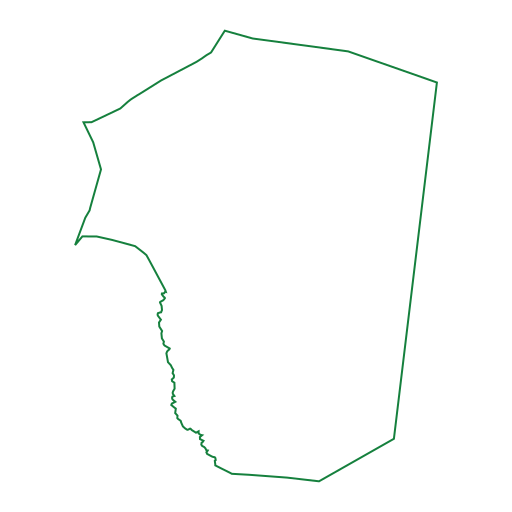 outline of San Juan Teita, Oaxaca, Mexico
{"feature_id": "50627088B56157188370772", "entity_name": "San Juan Teita", "entity_type": "district", "adm_level": 2, "iso_a3": "MEX", "parent_name": "Mexico", "parent_adm1": "Oaxaca", "projection": "orthographic", "projection_center": [-97.453, 17.075], "detail": "fine", "context": "isolated", "style": "outline", "palette": "green", "viewbox_px": 512, "rotation_deg": 0, "n_neighbors": 0, "source": "geoboundaries", "source_scale": "gbopen_adm2", "svg_char_len": 1902}
<svg xmlns="http://www.w3.org/2000/svg" viewBox="0 0 512 512"><path d="M319.0,481.3L393.9,438.8L436.9,82.5L348.2,51.4L252.7,38.5L224.8,30.7L211.1,52.4L210.2,53.0L206.6,55.1L203.6,57.2L202.1,58.3L196.6,61.8L161.2,80.4L138.7,94.5L137.4,95.2L136.4,95.9L132.4,98.4L130.6,99.6L127.6,102.0L120.3,108.5L91.5,122.2L83.5,122.3L93.2,142.3L101.0,169.4L90.2,207.8L89.6,210.4L85.3,217.7L75.1,245.1L82.4,236.4L96.8,236.5L112.0,239.9L134.2,245.9L135.2,246.2L143.8,252.9L146.4,255.1L148.4,258.7L153.3,267.8L165.3,290.2L165.8,291.7L165.3,291.5L164.8,292.3L164.0,293.3L161.9,293.5L161.8,294.3L163.5,296.6L164.7,297.6L164.9,298.1L164.1,299.3L163.0,300.4L160.2,301.9L160.0,302.5L161.6,305.9L162.0,310.0L161.1,312.3L159.9,312.5L157.9,313.2L157.6,314.4L157.8,315.6L160.9,319.7L159.0,322.5L159.3,326.6L162.1,331.0L161.4,333.3L161.9,338.4L163.9,341.6L163.4,343.7L163.9,344.7L164.7,345.6L169.7,348.5L169.4,349.3L167.9,350.6L167.1,351.5L166.4,353.3L168.0,362.2L170.8,365.2L172.1,367.9L173.4,369.9L172.6,373.2L173.7,374.8L174.0,375.7L173.8,377.6L172.2,379.1L171.8,379.4L172.1,381.2L174.4,382.7L174.6,388.7L173.3,390.9L172.7,392.4L172.8,393.8L174.4,396.0L172.4,396.6L172.1,397.6L172.2,398.8L172.8,399.7L175.3,401.8L171.8,403.6L171.3,405.0L173.8,407.1L175.8,408.6L175.2,413.1L177.5,415.6L177.3,418.1L178.0,418.9L180.4,420.6L180.9,421.2L181.0,422.0L181.6,423.5L182.9,426.4L185.1,428.4L187.1,429.7L187.7,429.8L188.6,429.4L190.1,428.6L190.7,428.9L191.7,430.0L196.0,432.7L198.6,431.3L198.6,433.4L200.4,434.8L202.1,435.2L199.9,437.0L200.0,439.1L203.5,440.8L202.6,442.1L201.6,442.7L201.3,444.6L202.1,445.9L204.3,447.1L205.4,448.3L206.4,450.3L207.7,450.5L207.3,451.2L206.4,452.3L207.1,453.9L211.9,456.5L213.3,457.0L214.7,457.2L215.4,458.1L215.7,460.1L214.8,460.8L215.0,462.5L215.2,463.7L215.3,464.7L215.3,465.4L221.0,468.3L230.4,473.0L231.8,473.8L249.4,474.8L287.0,477.6L319.0,481.3Z" fill="none" stroke="#15803d" stroke-width="2"/></svg>